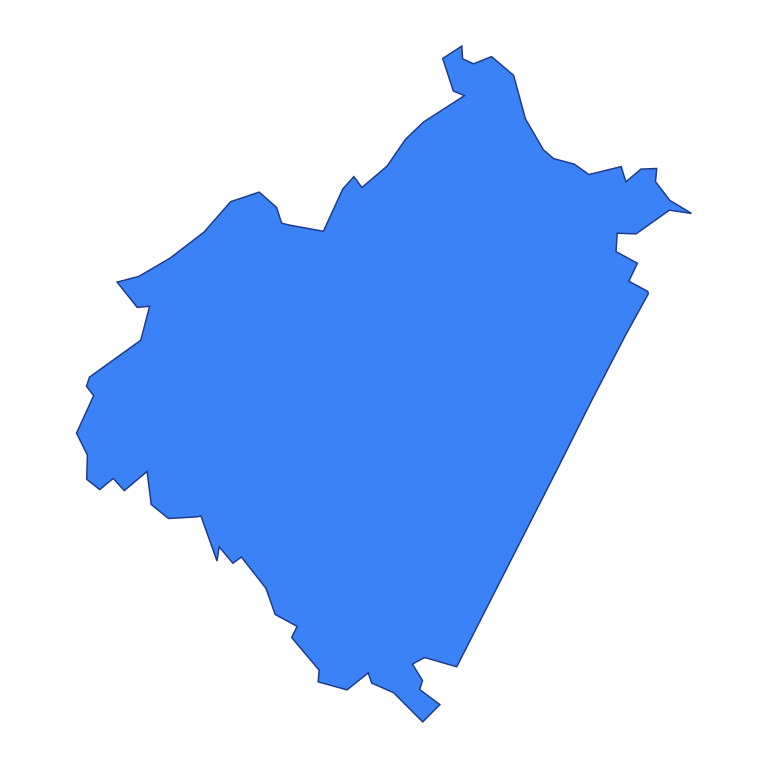 Bedford, Virginia, United States of America
{"feature_id": "52423323B54527042369331", "entity_name": "Bedford", "entity_type": "district", "adm_level": 2, "iso_a3": "USA", "parent_name": "United States of America", "parent_adm1": "Virginia", "projection": "robinson", "projection_center": [-79.533, 37.312], "detail": "fine", "context": "isolated", "style": "filled", "palette": "blue", "viewbox_px": 768, "rotation_deg": 0, "n_neighbors": 0, "source": "geoboundaries", "source_scale": "gbopen_adm2", "svg_char_len": 1149}
<svg xmlns="http://www.w3.org/2000/svg" viewBox="0 0 768 768"><path d="M318.2,681.9L347.0,689.9L368.2,672.9L371.7,683.1L393.6,692.7L422.7,721.9L439.9,704.6L419.7,689.6L422.5,680.5L412.4,664.1L424.6,657.5L456.7,666.8L559.4,464.9L591.9,400.0L625.6,335.0L648.3,293.9L647.7,291.4L628.8,281.2L637.4,263.3L616.0,251.6L617.2,233.2L636.0,233.9L669.3,210.2L691.5,213.4L669.8,200.4L655.5,181.7L656.7,168.5L640.9,169.1L625.9,181.8L621.2,166.6L588.8,174.5L574.4,164.2L553.6,158.6L543.4,149.8L525.5,119.0L513.6,75.4L491.5,56.6L473.5,63.8L462.6,58.8L461.8,46.1L442.7,58.5L453.4,91.2L464.5,95.6L423.5,122.0L405.5,139.3L387.0,166.2L361.9,187.5L353.9,176.6L342.7,189.1L323.4,231.3L289.0,225.0L281.6,223.1L276.6,207.5L259.2,192.1L230.6,201.7L204.1,232.0L170.1,258.1L138.8,276.4L117.1,282.1L137.2,307.4L149.6,306.3L140.8,340.2L89.5,377.1L86.5,386.4L93.7,395.6L76.5,433.1L87.4,455.0L86.7,479.3L99.7,489.6L113.2,478.4L124.3,490.6L147.1,471.4L151.2,504.5L168.5,518.5L196.6,516.9L200.9,515.9L217.0,561.0L219.2,546.9L232.9,563.2L241.4,557.0L266.0,588.4L275.2,614.5L297.1,626.4L291.7,637.6L319.1,670.1L318.2,681.9Z" fill="#3b82f6" stroke="#1e3a8a" stroke-width="1.5"/></svg>